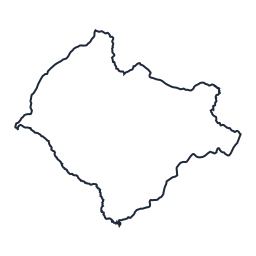 Pajarito, Boyacá, Colombia
{"feature_id": "7082276B9160277643653", "entity_name": "Pajarito", "entity_type": "district", "adm_level": 2, "iso_a3": "COL", "parent_name": "Colombia", "parent_adm1": "Boyacá", "projection": "albers", "projection_center": [-72.701, 5.38], "detail": "fine", "context": "isolated", "style": "outline", "palette": "slate", "viewbox_px": 256, "rotation_deg": 0, "n_neighbors": 0, "source": "geoboundaries", "source_scale": "gbopen_adm2", "svg_char_len": 5777}
<svg xmlns="http://www.w3.org/2000/svg" viewBox="0 0 256 256"><path d="M149.8,76.9L149.5,75.6L149.9,74.3L150.6,73.1L150.5,72.4L150.1,71.9L148.3,69.7L146.1,68.1L143.2,65.7L141.9,65.0L140.4,64.6L140.1,63.4L139.5,63.1L138.8,63.2L137.0,64.1L135.0,66.1L133.9,66.1L133.4,66.4L133.4,67.4L132.9,68.6L132.2,69.5L130.0,70.3L127.8,71.7L126.0,72.3L124.2,74.0L124.2,73.3L123.0,71.5L122.4,71.4L121.2,71.6L119.9,71.3L118.7,70.6L118.2,69.3L117.9,69.0L116.3,68.6L116.2,67.0L115.7,65.8L114.9,64.8L114.5,62.3L114.0,62.0L113.3,62.1L112.9,61.9L112.9,60.6L112.4,58.7L112.0,57.7L114.3,55.4L114.2,54.6L113.9,54.0L112.6,52.7L112.3,52.0L112.4,50.5L112.1,48.5L112.9,47.3L112.5,46.2L113.1,44.7L113.2,44.0L113.1,43.3L112.2,41.7L112.3,40.9L113.2,39.1L113.1,37.7L111.9,36.8L110.7,36.8L110.0,36.5L109.6,34.6L108.0,33.0L107.3,32.8L106.0,33.4L105.2,33.3L101.9,31.2L99.0,31.8L95.8,30.7L95.6,30.4L95.0,31.0L94.5,32.7L94.4,35.5L94.0,36.7L91.8,39.0L90.4,41.6L89.3,42.7L87.8,43.7L87.2,44.7L86.7,45.1L85.6,45.5L83.0,45.6L81.1,45.4L79.8,45.6L77.5,46.9L75.8,47.5L74.5,48.3L73.8,48.8L72.6,50.4L70.9,51.8L69.8,53.3L68.3,56.2L66.7,58.2L65.8,58.7L63.0,59.5L61.4,60.9L57.1,63.2L54.9,64.7L50.9,68.2L47.9,71.3L47.5,73.1L47.1,73.9L46.7,74.0L45.2,74.1L42.7,76.0L41.2,78.4L38.4,83.7L36.6,88.4L33.6,93.2L32.1,94.4L31.6,95.2L31.0,98.2L31.0,99.0L30.5,100.3L30.7,101.9L31.3,103.3L30.5,106.8L30.5,107.7L31.9,110.6L31.2,113.4L30.8,113.9L30.4,114.1L27.6,114.1L25.7,114.6L24.2,115.3L23.1,116.9L21.3,118.3L20.7,119.8L19.8,120.8L19.0,122.0L18.3,122.6L16.3,123.4L15.4,126.3L15.4,127.4L15.9,127.7L16.8,127.8L18.0,129.8L17.8,127.8L18.8,125.9L20.3,124.9L21.2,125.1L24.4,127.3L25.5,127.5L27.9,127.5L29.3,128.0L30.5,128.0L30.8,128.4L30.6,128.8L30.8,129.4L34.1,131.6L34.6,132.5L37.8,133.1L38.6,133.7L39.7,134.2L41.0,135.5L41.3,136.1L41.8,136.3L42.7,136.3L44.7,138.1L45.5,138.5L45.9,139.2L47.0,140.0L47.4,140.7L48.7,141.0L49.2,144.0L49.7,144.6L50.1,145.9L51.0,146.3L51.7,147.8L51.3,149.0L51.4,149.7L53.1,151.0L54.1,151.2L54.8,152.1L54.9,152.9L54.5,153.9L55.1,155.9L55.5,156.2L55.6,156.5L56.4,157.1L56.5,157.7L57.2,158.1L57.4,159.0L58.8,160.2L59.8,160.9L60.1,161.5L60.9,162.1L61.2,163.3L62.3,163.9L61.8,165.1L63.3,167.5L64.3,168.0L64.6,168.9L65.2,169.2L65.9,169.2L66.7,169.8L66.9,170.0L66.9,170.7L67.6,171.2L67.8,172.0L68.2,172.6L69.0,173.0L69.6,173.8L70.6,174.1L70.9,174.0L72.4,173.9L72.7,174.6L73.6,175.1L74.9,175.3L76.4,175.3L76.9,175.9L77.5,176.1L78.3,178.0L79.3,178.8L79.9,179.7L80.6,179.9L80.9,180.8L82.0,180.8L82.6,181.2L84.0,181.5L84.4,181.7L85.0,182.8L86.0,182.8L86.2,183.2L86.5,183.3L87.3,183.3L88.1,183.7L89.4,183.7L90.4,184.6L91.3,184.7L93.0,184.0L93.7,183.9L94.6,184.1L95.8,184.1L96.7,184.8L96.8,185.2L96.4,186.3L96.6,186.7L97.5,187.2L97.5,187.9L97.7,188.2L98.3,188.5L98.9,188.5L100.0,189.6L99.6,190.3L100.1,190.8L99.8,192.1L100.6,192.9L100.6,194.2L100.4,194.7L100.9,195.6L100.6,196.2L101.6,196.9L102.0,198.1L102.4,198.5L102.6,199.5L103.4,200.0L103.0,200.7L103.1,201.3L102.2,202.7L102.7,203.5L102.3,204.8L103.0,205.9L102.4,206.3L101.6,207.4L101.3,208.3L101.3,210.2L101.8,210.8L101.4,211.3L101.5,211.7L101.6,211.9L103.2,212.3L103.7,212.5L103.8,213.8L103.4,214.6L104.3,215.5L105.1,217.7L106.2,218.9L107.1,218.6L108.0,218.8L109.1,218.3L110.3,218.7L111.8,219.7L112.2,220.5L112.8,221.0L112.7,221.2L111.9,221.3L112.0,221.8L113.4,222.0L114.0,222.8L114.9,222.6L115.9,223.6L116.5,223.3L117.0,222.0L117.5,223.0L119.2,224.8L119.4,225.6L120.5,223.9L120.1,223.4L120.1,222.8L119.6,222.7L119.2,222.3L119.0,220.9L119.2,220.2L121.7,220.2L122.8,219.6L124.4,219.4L127.6,218.3L127.6,218.0L128.1,217.3L128.7,217.2L129.8,217.8L130.5,217.8L133.8,214.5L134.4,213.5L134.9,212.2L136.7,210.0L140.9,208.6L142.4,208.7L143.2,208.5L146.4,207.4L146.7,207.5L148.3,207.1L149.5,206.6L149.8,206.2L150.0,205.4L150.1,204.3L149.6,202.0L150.2,200.4L150.7,200.0L152.4,200.2L154.5,199.9L155.5,200.0L157.5,199.7L159.7,197.6L161.0,197.2L161.9,196.3L163.4,193.9L163.4,193.1L164.4,188.6L165.0,186.6L166.2,184.0L166.7,181.3L171.5,178.0L172.8,177.2L175.0,176.7L176.3,176.0L177.2,175.3L176.6,168.2L176.8,167.4L179.2,164.2L180.5,162.8L182.9,162.0L184.1,161.9L185.4,162.1L186.2,161.9L187.1,161.3L190.5,156.4L192.4,154.4L192.9,154.1L193.7,154.0L194.1,154.3L194.8,155.0L196.6,156.6L197.7,157.1L199.6,157.4L202.3,157.0L203.7,156.5L205.6,155.3L207.6,153.5L209.9,151.9L210.7,151.9L212.5,152.7L213.1,152.6L214.0,153.3L214.8,153.4L216.5,152.3L216.5,151.2L217.2,149.9L217.2,149.3L218.0,148.3L218.4,148.2L219.2,148.4L220.0,150.2L221.4,151.7L222.9,152.4L223.7,152.4L224.3,152.6L225.1,153.8L227.5,155.3L228.5,155.5L229.3,155.2L230.9,153.1L233.5,147.6L235.2,145.2L237.3,142.9L240.6,134.2L239.7,133.5L238.7,131.8L237.3,130.9L236.6,131.0L234.9,132.0L234.4,131.9L233.7,131.1L232.1,130.7L231.0,129.8L229.9,128.2L229.7,128.1L228.4,128.2L227.7,127.7L226.8,127.6L224.0,125.2L222.7,124.8L221.0,125.4L220.6,125.3L220.4,125.0L219.9,123.2L219.4,122.9L218.1,123.1L217.7,123.0L216.0,120.5L216.4,119.0L216.0,117.0L213.8,115.8L212.3,114.2L212.0,112.9L211.1,111.8L211.1,110.7L210.9,110.5L212.5,109.3L213.3,109.8L213.4,108.0L213.1,106.2L213.5,105.8L214.6,105.6L215.1,105.1L215.1,103.1L215.5,102.1L216.2,101.7L216.4,101.2L216.3,100.4L215.9,98.9L216.2,97.9L215.6,97.3L215.8,96.4L216.4,95.1L217.0,94.8L218.2,94.7L219.0,93.5L219.7,93.1L219.9,92.9L219.7,92.6L219.1,92.3L218.9,91.8L219.5,90.7L218.8,89.8L218.8,89.1L219.2,88.5L218.6,88.0L217.3,88.0L216.8,87.1L215.6,86.7L215.4,85.9L214.6,86.0L213.7,84.9L212.3,84.5L211.6,84.6L210.5,85.3L209.1,85.6L207.6,84.5L205.3,83.9L204.2,82.8L201.6,82.6L200.0,83.1L198.5,84.2L197.4,84.6L195.7,85.5L194.2,86.8L193.4,88.6L192.2,89.7L191.1,90.4L189.7,90.4L187.7,89.8L185.7,89.8L183.7,88.6L181.8,89.1L180.4,89.2L176.6,87.7L173.6,87.3L171.6,86.7L167.2,84.6L165.0,83.2L162.1,80.9L160.1,80.0L156.4,79.3L153.5,78.2L150.6,77.5L149.8,76.9Z" fill="none" stroke="#1e293b" stroke-width="2"/></svg>